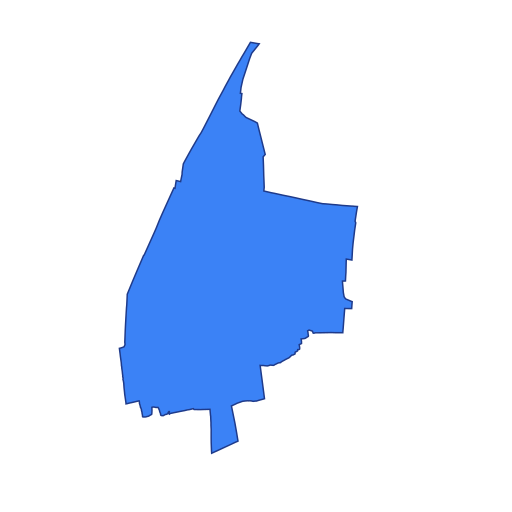 the district of Beresti-Bistrita, Bacau, Romania, rotated 290°
{"feature_id": "2599482B84899820201709", "entity_name": "Beresti-Bistrita", "entity_type": "district", "adm_level": 2, "iso_a3": "ROU", "parent_name": "Romania", "parent_adm1": "Bacau", "projection": "equal_earth", "projection_center": [26.845, 46.704], "detail": "fine", "context": "isolated", "style": "filled", "palette": "blue", "viewbox_px": 512, "rotation_deg": 290, "n_neighbors": 0, "source": "geoboundaries", "source_scale": "gbopen_adm2", "svg_char_len": 4616}
<svg xmlns="http://www.w3.org/2000/svg" viewBox="0 0 512 512"><g transform="rotate(290 256 256)"><path d="M336.3,331.3L336.0,330.0L335.6,328.8L333.0,319.7L331.7,314.4L330.6,310.5L329.9,307.8L328.9,304.0L327.9,300.6L327.7,299.2L327.5,297.9L327.1,295.2L326.5,290.3L326.0,286.6L325.0,279.5L324.2,273.2L323.4,267.4L322.4,260.9L321.6,254.9L321.2,251.9L320.7,248.9L319.8,241.4L319.8,241.1L323.4,240.2L328.8,238.0L334.4,235.7L343.3,232.2L351.6,228.8L354.6,229.9L376.0,215.4L381.4,211.8L381.9,208.8L382.3,204.5L382.8,199.2L383.3,198.0L383.8,197.0L384.3,196.0L384.8,194.3L386.7,191.2L392.8,189.9L398.7,188.5L401.2,187.8L403.8,187.2L403.5,185.7L409.3,184.3L417.7,183.2L424.9,183.0L431.0,182.8L439.7,182.5L445.0,182.6L446.2,183.0L452.0,185.0L455.0,186.0L456.5,186.4L456.2,185.1L454.9,177.7L442.2,175.4L438.2,174.6L434.5,174.0L430.9,173.3L419.7,171.4L415.7,170.7L411.5,170.1L408.3,169.6L404.3,169.0L400.4,168.5L390.4,167.0L385.6,166.4L372.4,164.8L358.1,163.0L353.2,162.3L349.4,161.4L334.7,158.8L329.8,158.0L320.8,156.6L317.7,156.2L309.6,157.9L307.5,158.6L300.1,159.7L300.0,158.5L299.6,155.2L291.9,156.7L291.9,155.6L265.9,153.6L257.0,153.0L248.1,152.7L243.3,152.4L218.7,150.6L218.1,150.2L202.1,149.3L190.3,148.7L176.0,148.1L174.5,148.6L165.8,151.3L163.1,152.0L159.4,153.1L147.1,156.8L141.6,158.5L132.0,161.6L130.1,162.2L129.1,162.7L128.3,163.1L127.7,163.2L125.6,163.1L124.5,161.9L123.3,160.4L122.5,159.2L117.7,161.7L114.9,163.1L109.6,165.9L106.9,167.1L105.8,167.8L104.6,168.3L102.0,169.7L99.7,170.8L97.8,171.8L97.0,172.0L96.2,172.6L95.9,172.9L94.7,173.1L94.2,173.4L93.4,174.0L91.3,175.2L87.9,176.7L87.0,177.1L82.3,179.4L81.6,179.7L77.3,182.0L76.0,182.7L73.6,184.0L73.2,184.2L72.6,184.4L72.7,184.6L73.4,185.8L73.5,185.8L74.4,187.2L74.7,187.6L75.5,188.9L75.6,189.1L77.1,191.4L78.7,193.8L79.9,195.7L78.9,196.4L77.6,196.9L76.6,197.7L74.9,198.9L74.5,199.0L74.4,199.2L73.2,200.3L72.6,200.8L71.7,201.2L71.0,201.7L70.3,202.2L69.8,202.5L69.4,202.6L68.9,203.0L68.5,203.2L68.1,203.4L67.6,203.7L66.8,204.2L66.3,204.3L66.1,204.7L66.3,205.4L66.5,206.0L66.8,206.7L67.1,207.5L67.6,208.1L68.0,208.7L68.5,209.5L68.9,210.0L69.6,210.5L70.1,210.9L70.6,211.3L71.4,212.1L72.2,212.0L73.3,211.7L75.2,211.1L76.7,210.5L78.2,209.9L78.8,210.8L79.1,211.5L79.3,212.4L79.4,213.6L79.8,214.7L80.2,215.8L79.5,216.6L78.5,217.5L78.1,218.0L77.5,218.3L76.5,219.0L75.9,219.6L75.5,219.9L75.1,220.3L74.7,220.4L73.9,220.9L73.7,221.6L73.9,222.5L74.1,223.0L74.3,223.5L74.7,223.9L75.5,224.5L76.1,225.1L76.8,226.3L77.6,226.9L78.6,227.0L79.3,227.1L79.7,227.2L80.3,227.6L80.7,227.8L79.9,227.8L79.3,227.9L78.6,228.1L77.9,228.3L77.8,228.8L78.3,228.9L79.0,229.7L80.0,231.4L80.8,232.6L81.3,233.5L82.0,234.6L82.9,236.1L83.9,237.7L85.1,239.7L86.4,241.9L87.9,244.1L88.9,246.0L91.1,249.3L90.6,250.1L90.6,250.4L91.4,252.7L92.8,256.7L93.2,257.6L96.2,265.2L93.8,266.3L90.6,267.8L90.2,268.1L87.5,269.2L84.0,270.7L81.5,271.6L77.7,273.2L74.6,274.3L70.2,275.9L65.4,277.7L61.2,279.4L58.0,280.7L55.5,281.8L62.0,288.4L74.1,300.5L75.1,301.6L75.9,302.4L77.1,301.7L83.7,298.0L91.5,293.5L106.7,284.2L107.1,284.6L108.2,285.7L108.8,286.3L110.2,287.7L111.2,288.6L112.0,289.6L113.3,291.2L114.5,292.6L115.1,293.5L116.1,295.5L117.0,297.4L117.3,298.4L117.7,299.4L118.2,300.9L118.3,302.0L118.5,303.1L119.1,304.3L119.5,305.1L119.9,306.1L121.3,307.9L122.5,309.6L123.9,311.6L124.8,312.8L137.9,306.0L154.6,297.3L155.1,299.0L155.6,300.2L155.9,301.7L156.3,303.2L156.6,304.3L157.0,304.9L157.4,305.5L158.4,306.7L158.9,308.7L159.2,309.8L159.5,310.2L159.9,310.5L160.4,310.8L161.0,311.5L162.0,312.4L162.6,313.0L163.1,313.5L163.4,313.9L164.0,315.2L164.3,315.6L164.9,315.8L166.3,316.9L167.6,318.1L168.8,319.1L170.4,320.6L171.5,321.7L172.5,322.3L173.6,322.8L174.4,323.2L174.8,323.4L175.2,323.7L175.5,324.4L175.8,324.8L176.4,325.3L177.2,326.1L178.0,326.0L178.4,325.8L178.9,325.7L179.2,325.8L179.7,326.4L181.0,327.5L182.3,327.2L182.6,328.1L183.3,328.8L184.3,328.6L185.2,328.2L187.5,326.9L189.3,328.7L191.0,328.1L193.5,326.8L195.2,330.1L195.7,330.6L197.4,331.9L198.3,332.6L198.6,332.6L199.3,332.4L200.2,331.8L201.9,331.0L203.3,330.1L204.6,331.2L204.6,332.4L204.7,333.5L204.6,334.8L203.1,336.1L203.2,336.7L204.2,338.2L205.7,342.3L209.8,352.9L210.9,356.3L213.6,363.8L214.2,363.6L218.0,362.6L229.8,359.3L234.9,357.9L237.0,357.3L239.3,363.9L241.0,363.4L246.0,362.0L246.0,361.2L246.3,355.2L246.7,354.3L247.9,352.7L251.5,350.6L256.3,348.4L260.8,346.3L262.0,345.8L263.1,348.6L268.3,347.0L271.4,346.1L281.5,342.7L284.0,341.9L285.0,347.5L289.7,346.1L295.3,344.4L298.7,343.5L302.2,342.6L307.9,341.3L314.3,339.8L321.3,338.4L322.6,337.2L332.1,335.3L337.2,334.4L336.3,331.3Z" fill="#3b82f6" stroke="#1e3a8a" stroke-width="1.5"/></g></svg>